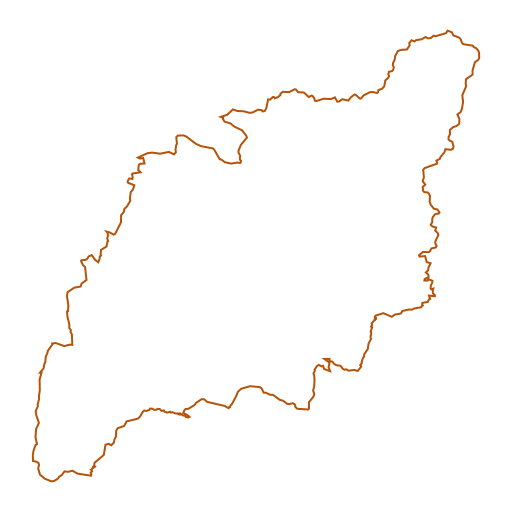 Plaiesii De Jos, Harghita, Romania (Albers equal-area conic projection)
{"feature_id": "2599482B92512396286900", "entity_name": "Plaiesii De Jos", "entity_type": "district", "adm_level": 2, "iso_a3": "ROU", "parent_name": "Romania", "parent_adm1": "Harghita", "projection": "albers", "projection_center": [26.159, 46.235], "detail": "fine", "context": "isolated", "style": "outline", "palette": "amber", "viewbox_px": 512, "rotation_deg": 0, "n_neighbors": 0, "source": "geoboundaries", "source_scale": "gbopen_adm2", "svg_char_len": 5961}
<svg xmlns="http://www.w3.org/2000/svg" viewBox="0 0 512 512"><path d="M113.9,442.5L114.5,439.3L116.0,436.7L116.2,430.7L117.7,428.2L124.1,426.0L126.6,421.4L137.8,418.7L140.1,416.5L142.9,411.6L144.3,410.5L146.1,411.0L149.5,409.8L150.0,408.6L152.3,408.7L154.2,409.9L156.5,409.7L157.5,408.9L159.8,409.1L161.5,410.9L163.8,410.4L164.5,411.7L167.4,412.6L170.0,411.7L170.8,412.6L172.5,412.2L175.5,413.5L177.8,413.4L178.3,414.2L179.1,413.6L179.9,414.5L180.4,413.6L182.8,415.4L184.9,415.7L186.1,417.1L188.6,417.4L189.5,416.9L187.0,414.8L183.3,413.0L184.2,410.5L185.6,409.0L188.3,408.8L194.5,405.1L196.0,402.9L201.6,399.2L204.1,399.3L207.2,401.9L224.6,405.9L228.6,408.2L228.9,407.3L230.1,407.1L230.4,405.7L231.9,404.1L236.4,395.7L237.8,391.9L241.3,388.7L250.1,386.2L259.8,387.1L261.6,388.3L263.7,392.7L265.8,392.7L270.0,394.7L273.1,394.9L279.7,399.8L283.0,400.7L287.2,403.8L289.5,404.1L292.7,403.2L294.6,404.2L295.2,405.0L295.2,406.7L297.3,408.8L308.3,409.5L309.0,408.4L308.9,402.3L313.5,396.6L314.3,394.0L313.1,390.6L314.2,386.4L314.5,380.7L314.3,375.9L313.5,373.3L314.9,370.7L314.6,369.8L316.7,366.3L318.8,364.9L321.7,366.4L323.0,365.8L324.1,369.0L330.1,371.2L328.6,367.2L329.5,362.7L324.4,359.0L329.5,358.9L329.4,360.4L330.5,361.4L332.4,361.6L334.0,363.8L336.1,365.1L340.5,365.8L342.9,368.9L344.4,369.7L346.3,369.3L348.5,370.7L354.4,369.9L357.6,371.0L361.1,366.8L361.1,365.9L360.2,365.1L361.9,363.0L361.6,362.1L363.1,357.6L364.1,356.5L364.2,354.3L367.8,349.0L368.6,343.5L371.1,338.7L370.4,337.0L371.2,334.0L371.2,332.4L370.6,331.7L372.2,327.4L371.1,326.7L372.2,325.0L371.6,323.3L374.2,320.5L374.8,319.0L375.3,319.7L376.1,318.8L375.9,317.8L374.8,317.1L375.4,315.7L383.4,313.2L391.7,316.8L394.8,314.6L400.9,313.5L402.4,311.0L408.9,309.5L412.4,309.6L413.8,308.6L421.2,307.2L421.7,306.1L422.9,305.5L422.2,304.5L422.3,302.9L427.8,301.9L428.8,299.6L430.1,299.0L429.0,295.6L434.8,296.2L434.9,295.2L432.8,293.2L432.8,290.1L433.3,288.6L431.2,289.3L430.6,288.2L430.8,285.6L432.3,282.5L432.4,280.8L428.4,279.2L427.6,280.6L424.4,280.5L424.7,279.0L428.6,277.2L428.3,274.6L425.9,272.4L428.1,270.4L428.5,267.5L430.6,263.3L426.7,262.0L425.1,256.1L419.6,256.6L419.0,255.3L423.0,251.9L428.5,252.2L429.9,251.3L431.4,248.5L435.9,247.4L436.6,245.5L435.5,244.1L435.2,241.7L438.4,234.9L437.6,232.9L435.2,230.6L436.1,227.5L432.6,226.5L430.7,224.9L432.3,222.1L432.2,219.1L432.9,216.9L435.2,214.1L438.8,213.5L439.5,212.5L437.4,209.5L433.7,208.6L430.8,204.8L429.6,201.5L430.0,195.9L428.7,193.3L427.6,192.4L424.4,192.2L423.1,190.8L422.7,186.9L425.3,184.7L422.7,181.2L423.9,177.3L423.2,169.8L424.6,168.1L436.9,163.7L437.2,163.0L436.4,160.6L439.7,159.0L440.5,157.0L444.3,152.4L445.4,149.2L451.1,149.8L453.0,148.7L453.5,146.5L452.3,141.8L449.4,140.4L448.5,139.3L448.6,136.9L450.1,134.2L449.8,130.1L453.1,127.1L456.1,126.2L459.2,123.9L459.4,118.8L457.4,114.5L460.6,112.1L461.9,108.9L463.1,102.0L462.3,95.3L466.2,86.1L465.7,83.6L466.0,79.2L472.6,74.6L472.5,70.6L474.9,62.2L478.3,59.8L479.2,57.9L479.0,52.5L478.3,50.7L476.2,48.2L473.7,47.1L472.9,45.7L463.4,44.2L462.0,42.8L460.6,39.1L459.1,37.6L453.3,35.4L451.8,32.2L447.5,30.7L446.1,33.1L435.7,36.2L433.6,35.7L431.0,37.9L428.0,38.4L425.6,37.0L421.9,39.2L415.9,40.2L414.6,41.4L411.5,40.3L409.2,43.2L409.7,45.3L406.9,49.5L401.5,49.8L398.0,50.9L395.2,55.9L394.6,59.9L393.0,63.1L392.8,65.2L393.8,67.2L393.1,70.1L392.2,71.0L388.8,71.9L388.4,74.3L389.1,76.1L388.2,77.8L385.3,80.4L384.3,86.3L382.1,88.7L378.4,90.1L378.1,92.2L377.2,93.0L372.1,91.9L369.7,92.3L363.6,95.4L361.1,98.4L360.0,98.7L355.6,94.7L354.5,94.5L351.1,97.1L348.2,100.6L342.5,99.2L338.8,101.6L337.3,101.7L334.9,97.4L330.9,99.1L323.9,98.7L316.0,101.1L314.9,100.7L314.3,98.3L312.4,95.8L311.4,95.6L308.9,97.1L303.9,92.5L298.1,92.2L296.1,89.7L294.8,89.2L289.2,92.1L282.7,91.8L280.4,93.9L280.4,95.1L277.8,97.2L274.8,98.3L273.8,97.0L273.0,96.9L270.1,99.6L268.1,99.4L266.3,108.3L264.7,111.1L262.5,111.4L261.8,110.2L258.0,109.7L252.3,112.6L249.3,112.8L243.7,111.3L237.4,111.0L232.9,109.4L227.1,114.8L220.8,116.9L223.1,117.8L223.0,119.0L224.6,121.7L230.5,123.4L234.0,126.4L242.2,130.4L246.3,135.7L246.9,137.6L240.8,145.0L238.5,150.7L238.5,152.6L240.3,156.0L239.8,157.6L240.0,159.7L241.0,160.9L240.7,162.6L240.1,162.9L236.9,162.6L231.4,163.6L224.8,162.2L221.6,159.7L219.7,159.2L214.1,149.5L212.8,148.4L200.9,146.1L195.8,143.8L186.4,136.6L183.6,135.4L177.7,135.6L176.3,137.2L176.9,143.9L176.2,145.1L175.5,149.6L175.9,152.3L174.0,154.4L168.8,151.9L160.2,153.7L152.0,152.6L147.5,153.2L137.9,157.6L140.0,158.6L143.2,158.0L144.5,163.5L139.9,163.8L138.8,165.0L138.2,169.9L140.6,172.3L132.5,173.5L132.0,174.3L132.7,177.3L132.4,178.9L129.2,178.5L127.9,180.7L127.6,182.0L128.3,182.9L134.3,185.2L134.1,186.3L132.8,189.7L130.8,192.0L129.9,197.9L130.3,200.8L127.0,206.4L124.4,208.9L123.7,212.1L121.1,215.2L121.0,222.3L115.7,232.8L114.7,234.3L113.5,234.6L109.9,232.5L106.5,231.6L107.5,232.9L108.1,235.6L107.2,238.3L108.1,241.1L107.5,241.4L106.5,246.5L101.0,249.9L100.6,254.3L101.1,255.5L99.9,256.4L99.5,259.2L98.2,262.3L95.2,259.9L91.7,255.1L88.7,256.4L87.2,258.8L85.7,259.8L81.4,260.3L81.0,261.0L83.2,265.3L85.1,267.1L86.5,280.0L81.6,283.5L80.7,286.5L74.2,287.7L67.5,292.3L67.0,296.2L68.4,305.6L67.9,311.3L67.0,311.6L67.4,316.4L69.3,324.4L69.3,328.1L70.9,330.2L70.5,331.9L71.9,334.5L72.3,344.9L69.9,344.6L64.3,346.1L55.7,343.0L52.2,343.5L52.4,344.4L47.8,350.9L47.2,353.7L45.8,356.3L45.3,362.1L44.4,363.9L43.5,368.5L40.0,372.7L41.5,372.7L39.6,379.5L39.8,390.4L38.9,396.3L39.1,398.8L37.7,404.4L37.9,406.1L35.7,411.1L36.3,415.3L38.9,422.9L36.1,429.0L35.5,437.2L37.0,444.1L35.6,445.0L33.4,451.1L32.8,455.7L33.0,461.0L36.7,461.8L38.6,463.2L39.0,464.9L38.2,468.5L40.0,474.7L45.0,478.8L51.4,481.3L53.9,481.1L57.9,478.6L59.2,476.7L61.7,475.2L64.5,471.4L68.2,471.8L72.4,470.7L77.5,473.6L91.0,475.7L91.3,474.3L90.7,472.6L92.1,471.3L91.0,469.7L92.0,469.2L93.1,466.9L93.7,467.6L95.0,466.6L94.2,466.1L94.5,462.8L103.8,454.9L105.5,444.7L108.8,443.8L111.3,445.3L113.9,442.5Z" fill="none" stroke="#b45309" stroke-width="2"/></svg>